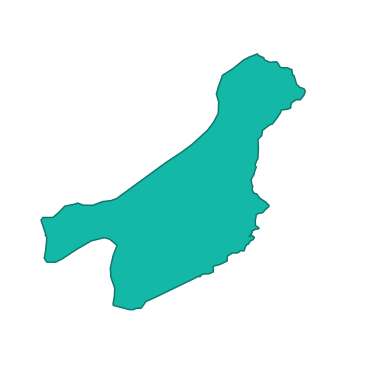 Panta, Bong, Liberia (Natural Earth projection), rotated 49°
{"feature_id": "62588387B50517390877930", "entity_name": "Panta", "entity_type": "district", "adm_level": 2, "iso_a3": "LBR", "parent_name": "Liberia", "parent_adm1": "Bong", "projection": "natural_earth1", "projection_center": [-9.186, 7.22], "detail": "fine", "context": "isolated", "style": "filled", "palette": "teal", "viewbox_px": 384, "rotation_deg": 49, "n_neighbors": 0, "source": "geoboundaries", "source_scale": "gbopen_adm2", "svg_char_len": 2782}
<svg xmlns="http://www.w3.org/2000/svg" viewBox="0 0 384 384"><g transform="rotate(49 192 192)"><path d="M267.1,210.7L263.6,207.5L264.4,201.8L267.7,197.8L268.2,196.5L268.0,194.0L270.6,191.4L268.6,187.9L267.7,185.6L268.3,183.2L267.2,180.6L268.0,177.1L267.3,174.9L266.0,174.7L263.7,175.8L263.1,177.6L262.5,176.0L262.8,174.6L261.7,172.8L260.8,172.5L261.1,171.1L261.9,168.5L263.1,166.4L263.5,165.5L262.5,165.1L260.5,165.7L259.3,166.0L258.9,166.0L257.2,164.7L255.9,163.6L254.8,162.8L254.5,162.5L254.0,161.4L252.3,159.6L251.7,159.0L251.4,156.6L252.9,154.0L253.9,152.5L253.9,150.5L253.4,149.0L253.5,145.9L253.4,143.4L252.3,142.6L250.3,142.9L248.2,142.9L241.4,144.8L237.8,144.8L236.8,144.3L235.5,144.7L233.1,146.1L231.6,145.7L229.4,144.8L228.3,143.6L227.5,142.3L225.4,141.8L223.3,140.4L222.5,140.0L221.8,139.7L220.8,137.7L219.6,134.1L217.5,131.1L215.4,127.2L213.0,126.8L211.3,123.6L209.8,120.0L207.0,117.5L202.5,113.1L197.8,109.4L195.5,107.5L195.2,103.2L195.2,102.4L191.8,98.4L192.2,89.5L193.4,86.6L191.7,78.5L190.1,72.8L188.8,70.7L192.1,65.7L193.3,62.5L190.0,58.7L190.7,52.8L193.5,49.6L192.3,43.9L190.5,40.6L188.4,39.7L186.6,40.2L183.8,42.0L179.2,42.4L171.0,38.6L169.6,39.3L166.3,37.1L165.3,36.4L160.4,38.8L156.8,43.1L155.0,43.5L151.5,42.7L149.4,42.7L147.0,45.5L145.6,47.8L141.2,50.1L139.6,50.5L137.7,49.8L132.2,52.4L130.7,52.0L127.6,60.6L126.2,66.7L126.2,68.3L125.9,76.6L125.7,80.5L123.9,92.7L125.2,94.6L129.6,102.6L129.7,102.8L134.2,109.5L141.3,112.6L149.8,120.5L149.9,120.8L153.6,130.2L153.7,130.6L155.6,140.1L156.0,155.4L156.1,161.5L156.0,162.8L155.1,173.8L152.7,191.8L151.5,205.9L151.4,207.1L149.8,225.8L149.7,226.7L147.5,253.3L145.3,258.9L144.8,259.6L140.6,265.7L136.9,275.7L130.6,282.7L125.5,285.4L123.5,289.8L120.1,295.8L119.2,297.4L120.0,304.8L120.0,311.0L120.0,313.6L113.4,321.3L114.0,323.4L114.2,324.4L128.8,330.5L128.5,331.0L131.1,331.4L139.0,339.6L141.5,342.5L143.4,344.9L145.1,347.0L149.6,347.6L155.4,341.2L156.2,338.3L156.8,336.1L157.3,334.4L157.9,329.5L159.6,316.7L162.8,300.1L168.9,288.2L169.7,287.7L170.7,287.0L173.6,285.1L178.9,284.2L180.7,284.0L183.1,283.6L185.3,287.7L188.4,293.4L193.5,300.4L194.8,302.1L195.1,302.5L196.1,303.8L201.4,307.8L202.9,309.0L203.8,309.4L209.4,311.6L213.7,313.3L219.6,318.8L224.8,325.2L225.3,325.4L226.0,325.7L227.3,324.9L229.7,323.2L239.7,316.4L239.9,316.2L242.4,313.4L242.5,313.2L242.9,310.8L246.1,306.9L246.4,306.2L245.8,304.2L245.5,302.8L244.4,298.8L247.4,288.7L248.5,284.8L251.5,273.6L253.0,268.2L255.7,258.1L258.1,249.4L258.8,246.8L260.0,241.8L261.2,241.7L260.8,238.8L260.9,238.3L262.3,236.0L264.5,233.3L264.7,233.1L265.8,229.9L266.0,229.2L266.2,228.4L265.5,227.6L265.0,227.0L264.9,226.9L262.6,225.4L262.1,224.5L262.3,224.0L264.9,218.7L265.4,217.1L266.7,212.5L267.1,210.7Z" fill="#14b8a6" stroke="#0f766e" stroke-width="1.5"/></g></svg>